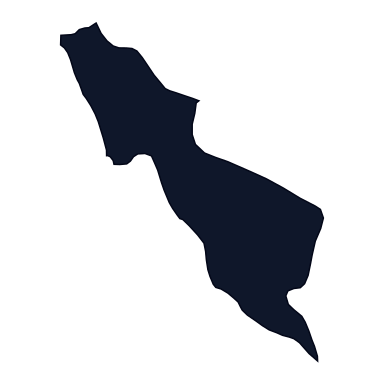 Doutsita, Gabon
{"feature_id": "22940354B92057182831829", "entity_name": "Doutsita", "entity_type": "district", "adm_level": 2, "iso_a3": "GAB", "parent_name": "Gabon", "parent_adm1": "", "projection": "equal_earth", "projection_center": [11.621, -2.919], "detail": "fine", "context": "isolated", "style": "filled", "palette": "ink", "viewbox_px": 384, "rotation_deg": 0, "n_neighbors": 0, "source": "geoboundaries", "source_scale": "gbopen_adm2", "svg_char_len": 1541}
<svg xmlns="http://www.w3.org/2000/svg" viewBox="0 0 384 384"><path d="M317.6,361.0L317.4,356.2L314.5,346.4L311.9,339.9L308.8,330.9L305.2,322.2L301.8,316.3L293.7,309.6L288.3,304.4L285.8,295.9L287.9,290.9L293.8,288.5L300.3,287.7L304.6,283.7L308.1,275.4L310.5,263.8L312.1,255.2L315.3,241.1L320.7,228.5L323.4,218.0L320.4,209.4L315.3,206.1L300.0,198.2L283.4,188.1L266.7,179.0L250.9,171.8L227.8,161.7L215.5,157.4L204.5,153.0L195.4,144.4L192.2,134.6L192.2,124.2L194.8,113.3L196.2,102.9L198.9,100.8L192.6,98.4L185.7,96.1L176.0,92.8L169.7,90.8L165.2,88.6L161.0,83.5L154.1,75.2L147.8,65.8L142.2,57.5L136.9,51.0L132.0,48.5L126.3,48.0L119.0,47.9L113.2,46.0L107.0,40.9L101.1,33.4L98.0,26.9L96.1,23.0L88.9,27.7L84.8,28.0L79.3,29.6L75.2,33.7L71.2,34.7L60.9,35.3L60.6,44.9L64.4,47.9L67.7,52.6L70.5,59.5L74.4,72.7L77.3,79.8L79.3,83.4L81.5,89.5L83.2,94.4L86.3,98.5L90.8,105.6L95.1,113.8L98.3,121.7L101.0,130.5L103.3,138.0L106.5,150.1L106.6,155.7L107.7,155.6L110.2,156.7L113.2,160.6L114.0,164.3L119.8,164.5L126.7,163.9L130.4,161.1L133.5,156.7L137.8,153.9L145.0,153.5L151.5,155.9L154.7,163.1L157.7,170.1L161.6,182.9L164.1,190.1L169.3,202.6L172.7,208.5L177.2,215.0L179.9,218.6L182.8,219.5L189.1,225.6L197.6,234.9L204.0,243.2L205.6,251.3L206.4,260.0L207.9,269.7L210.0,276.4L213.3,284.3L215.8,287.4L221.1,289.0L227.9,293.1L233.6,297.9L238.1,302.0L240.5,306.9L242.3,310.2L247.4,315.1L256.3,321.2L262.5,325.7L269.2,329.9L276.9,332.8L282.5,335.3L289.4,337.1L293.9,338.7L299.5,342.7L309.1,353.6L317.6,361.0Z" fill="#0f172a" stroke="#020617" stroke-width="1.5"/></svg>